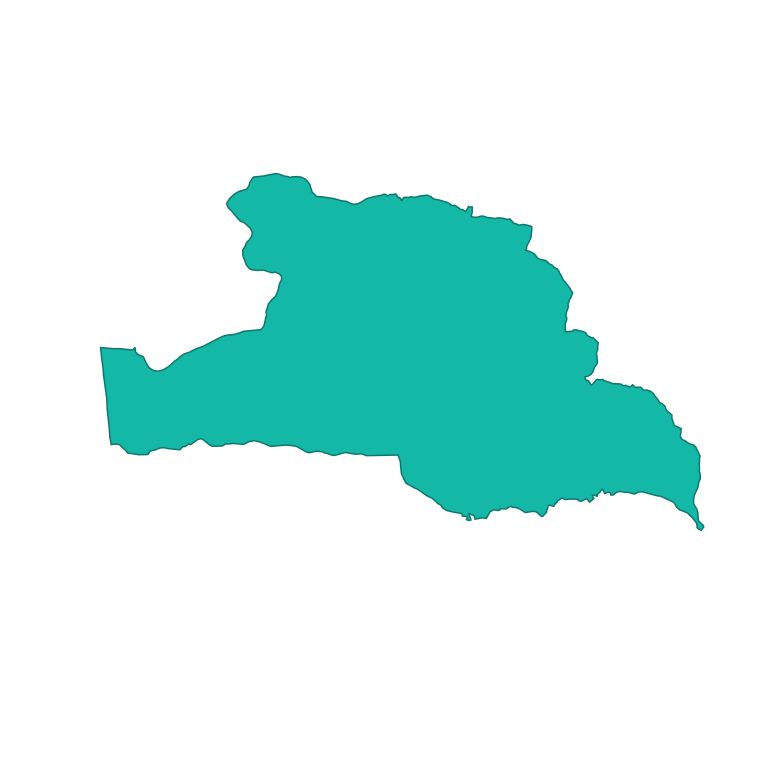 outline of Lunca De Sus, Harghita, Romania, rotated 162°
{"feature_id": "2599482B22332008821667", "entity_name": "Lunca De Sus", "entity_type": "district", "adm_level": 2, "iso_a3": "ROU", "parent_name": "Romania", "parent_adm1": "Harghita", "projection": "orthographic", "projection_center": [25.973, 46.514], "detail": "fine", "context": "isolated", "style": "filled", "palette": "teal", "viewbox_px": 768, "rotation_deg": 162, "n_neighbors": 0, "source": "geoboundaries", "source_scale": "gbopen_adm2", "svg_char_len": 6171}
<svg xmlns="http://www.w3.org/2000/svg" viewBox="0 0 768 768"><g transform="rotate(162 384 384)"><path d="M451.1,614.4L452.9,612.8L454.5,611.7L462.4,612.0L467.3,611.0L473.4,608.1L477.4,604.8L478.0,603.2L477.7,600.1L476.9,598.1L475.8,596.5L471.9,586.5L470.2,583.3L467.2,580.7L466.3,579.4L462.9,573.2L462.4,569.9L463.0,567.3L464.5,565.2L467.6,562.7L471.2,560.9L473.7,557.7L476.9,555.1L478.2,550.9L478.6,548.8L478.2,544.9L478.3,540.6L477.4,537.8L476.4,535.3L475.5,534.3L473.2,532.9L468.8,530.9L466.2,530.5L463.2,529.4L457.0,524.9L455.8,524.3L452.6,523.9L449.6,521.1L448.3,518.4L448.6,516.4L449.4,514.6L451.6,512.6L453.9,509.3L454.6,507.7L457.9,503.2L460.5,500.7L465.2,498.6L469.3,495.7L472.5,491.0L473.8,489.4L474.4,485.7L475.8,484.0L479.4,477.6L480.7,476.0L483.6,474.0L484.5,473.8L501.2,477.5L506.2,477.2L511.4,477.5L518.3,479.0L521.3,479.2L526.7,478.7L544.5,475.7L552.4,475.5L559.8,474.3L564.5,474.4L569.8,472.9L572.9,471.3L575.6,470.7L582.8,467.3L589.6,465.7L593.7,465.8L596.0,466.4L599.1,468.0L602.6,472.5L604.0,479.1L604.2,482.6L604.7,484.4L609.1,488.3L610.4,491.5L610.2,492.8L609.6,493.9L609.6,495.4L609.9,495.6L612.2,494.0L614.5,494.8L624.6,499.4L630.7,501.3L642.3,506.3L645.0,493.5L646.3,485.7L647.9,479.6L652.2,455.6L655.1,445.3L659.0,426.7L661.3,417.7L661.8,412.4L662.3,410.8L657.4,409.7L654.2,408.0L651.8,403.0L650.0,400.7L649.4,397.7L639.0,392.5L630.4,389.9L627.1,392.4L620.7,392.0L618.4,392.5L616.8,392.3L612.9,391.4L608.9,389.1L599.4,384.9L598.1,384.6L596.3,385.8L594.6,386.5L592.6,386.0L588.2,387.5L587.3,386.4L586.4,386.2L579.8,388.3L578.2,388.7L575.5,388.6L574.2,388.0L572.9,386.4L569.4,381.0L566.6,377.8L557.1,375.1L555.6,375.2L553.5,376.0L549.4,374.7L546.4,374.3L536.6,370.2L534.7,370.0L530.1,371.0L524.6,370.1L519.8,367.1L510.8,359.6L496.7,356.4L488.7,353.0L485.9,351.1L478.3,342.8L475.8,341.6L470.9,341.2L467.6,340.5L463.1,338.2L461.9,336.8L460.0,335.9L456.1,332.8L453.2,331.3L442.1,330.9L433.2,326.2L426.8,324.5L422.9,321.3L392.6,312.1L392.5,304.6L393.1,302.8L395.1,293.6L394.5,287.2L393.6,282.7L386.9,275.5L385.1,274.0L381.3,269.4L379.9,267.1L377.5,264.2L373.6,260.6L370.6,255.5L370.0,254.0L367.0,250.8L366.8,248.3L364.0,244.7L357.2,240.5L350.2,236.9L350.2,234.1L348.3,233.5L345.8,232.2L346.0,231.1L347.5,229.7L345.5,227.9L343.3,227.9L343.3,234.4L342.4,234.1L341.5,232.9L339.8,231.7L338.8,230.1L339.2,227.3L332.3,226.5L328.1,224.6L322.7,229.7L318.5,230.5L314.5,228.4L313.6,228.4L313.5,228.9L312.6,228.6L312.5,229.1L311.1,229.1L306.3,227.4L302.1,228.7L299.6,227.0L296.2,225.4L293.4,223.1L289.4,218.1L281.9,216.9L279.6,215.9L277.8,214.2L277.2,212.6L276.6,212.0L275.2,209.4L273.6,209.2L268.8,212.0L268.7,212.9L265.2,217.7L263.7,217.4L260.3,215.2L257.9,217.6L256.5,217.7L255.0,219.3L249.9,220.5L249.6,220.5L248.3,218.8L247.2,218.0L242.4,217.1L235.4,214.5L235.3,213.2L232.9,211.6L226.6,212.3L225.1,208.1L219.8,210.2L220.2,211.8L220.2,213.6L219.4,213.7L215.4,211.1L216.4,212.7L212.2,214.3L209.3,216.4L208.5,215.7L208.0,211.7L204.5,211.8L202.4,210.8L202.3,209.7L202.6,208.4L200.2,207.6L196.5,209.1L193.1,209.1L187.5,206.2L185.9,206.0L180.5,202.3L179.0,202.0L175.3,202.6L171.7,201.7L158.7,193.2L155.9,192.0L145.0,182.1L144.2,179.1L144.1,177.2L142.0,173.2L135.4,167.9L132.0,161.3L129.7,155.1L130.1,152.2L130.7,150.6L128.8,147.8L127.5,146.9L124.1,149.2L124.0,149.9L124.2,151.1L126.8,155.8L127.0,156.6L127.0,157.7L125.3,164.8L125.2,168.2L125.2,169.0L126.3,172.4L126.5,174.5L125.7,177.1L123.7,181.7L119.4,186.6L118.2,187.6L116.0,191.1L114.9,193.5L112.5,196.0L111.1,200.7L111.1,203.5L110.3,205.3L109.1,210.0L107.6,213.4L107.4,214.6L105.7,217.9L106.9,227.4L108.1,230.1L111.1,232.1L113.3,234.3L115.1,236.8L116.8,238.3L117.9,239.8L118.4,242.6L117.5,244.7L116.5,246.2L115.8,248.7L115.0,249.6L120.7,254.8L120.8,262.6L119.8,265.3L121.1,268.0L122.4,269.5L123.5,271.7L123.7,276.1L125.6,279.3L127.6,281.2L128.9,286.3L130.0,288.5L130.9,292.0L132.8,294.8L135.6,296.9L138.7,297.7L139.6,298.9L140.7,301.6L146.1,303.2L147.8,306.4L150.2,305.3L151.6,305.3L154.6,308.1L156.1,308.2L157.7,309.2L158.4,310.4L160.1,311.4L166.6,313.7L168.6,315.6L173.7,319.2L174.5,320.7L177.7,321.4L179.5,322.4L181.0,322.3L185.9,319.2L187.3,319.1L188.6,323.9L189.7,324.8L190.8,325.1L190.7,326.7L191.1,327.5L190.7,328.7L187.8,328.3L184.0,329.4L181.8,330.7L178.8,334.7L175.2,337.3L174.1,339.3L173.6,342.0L172.8,344.5L172.8,346.4L172.0,348.2L170.0,350.9L169.8,352.2L167.6,356.9L170.8,363.3L172.3,363.9L175.7,367.3L176.1,369.9L178.6,372.6L182.3,374.4L184.3,376.2L187.4,376.8L188.2,375.8L195.3,377.7L193.4,384.0L193.3,385.1L190.6,388.3L189.8,390.3L189.9,393.0L188.2,396.0L185.0,400.0L184.2,403.2L182.8,404.8L182.3,406.0L178.7,409.4L176.4,412.5L177.3,415.4L177.4,416.8L178.1,419.3L181.7,428.8L181.9,432.5L182.7,435.1L182.7,436.5L183.4,439.3L183.8,440.0L185.0,440.9L186.9,443.7L187.2,444.9L189.5,447.0L190.4,448.3L190.7,449.6L192.1,451.5L198.5,455.2L200.7,461.2L204.2,464.8L208.1,467.4L206.6,468.8L205.7,470.9L199.2,477.5L196.0,484.4L194.9,488.2L198.8,490.9L202.8,492.9L205.9,493.2L207.7,494.2L208.5,495.3L210.0,496.0L211.3,497.6L213.2,502.0L216.1,502.6L219.9,505.0L224.3,506.8L227.5,507.1L230.8,508.9L234.0,510.2L237.6,513.0L240.1,513.7L243.5,513.7L246.9,514.8L249.1,516.2L248.6,517.7L247.1,520.0L245.3,525.0L247.9,525.9L248.7,526.7L252.5,523.0L253.4,523.3L255.2,525.5L257.5,526.6L258.5,528.4L261.4,532.1L263.2,532.3L264.7,533.5L267.5,537.0L274.6,541.9L276.8,542.9L279.5,544.7L281.2,546.8L281.2,547.6L282.4,548.2L284.1,550.1L291.0,551.6L296.1,551.9L298.8,552.7L300.2,553.7L302.8,553.8L306.4,555.1L307.6,555.2L310.1,553.2L310.5,553.2L310.8,553.6L310.3,553.9L311.1,555.7L312.2,556.1L312.5,556.6L312.1,556.8L313.6,558.1L313.4,559.1L313.6,560.0L314.2,561.2L315.9,561.2L319.4,562.3L322.6,561.8L323.4,563.3L324.6,564.2L325.8,564.5L328.7,564.3L335.5,565.2L342.7,565.6L344.4,565.4L348.8,564.1L353.1,563.5L357.1,564.2L359.4,565.6L363.3,569.3L367.8,571.4L374.5,575.9L385.2,581.2L389.6,582.8L390.3,583.4L393.0,588.7L393.0,594.4L392.8,595.7L393.0,597.0L394.1,600.4L395.8,603.5L399.6,606.9L400.9,607.1L402.1,608.0L406.9,609.3L409.7,609.5L411.1,610.8L414.7,612.7L418.5,615.7L421.9,617.6L434.6,619.1L443.8,621.1L444.8,620.9L445.7,620.2L449.3,617.1L451.1,614.4Z" fill="#14b8a6" stroke="#0f766e" stroke-width="1.5"/></g></svg>